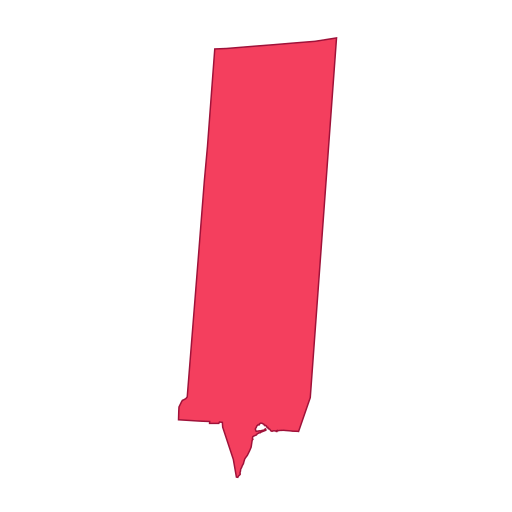 outline of Gagaifomauga II, Gaga'ifomauga, Samoa, rotated 183°
{"feature_id": "51752279B51367049300585", "entity_name": "Gagaifomauga II", "entity_type": "district", "adm_level": 2, "iso_a3": "WSM", "parent_name": "Samoa", "parent_adm1": "Gaga'ifomauga", "projection": "robinson", "projection_center": [-172.418, -13.533], "detail": "fine", "context": "isolated", "style": "filled", "palette": "rose", "viewbox_px": 512, "rotation_deg": 183, "n_neighbors": 0, "source": "geoboundaries", "source_scale": "gbopen_adm2", "svg_char_len": 1432}
<svg xmlns="http://www.w3.org/2000/svg" viewBox="0 0 512 512"><g transform="rotate(183 256 256)"><path d="M310.2,362.6L311.5,328.7L313.6,247.9L317.3,111.7L318.6,109.9L321.2,108.3L321.9,108.1L322.7,106.6L325.0,101.2L325.0,96.5L324.8,88.4L305.2,88.2L301.5,88.2L293.6,88.3L293.6,86.4L284.4,86.9L283.8,88.3L280.9,88.1L280.3,83.3L268.0,51.7L264.0,34.2L262.6,34.0L262.0,35.3L260.5,36.9L260.3,37.5L260.7,38.5L260.3,40.0L260.1,42.5L259.3,44.0L259.0,45.1L258.3,46.8L257.7,47.9L257.4,49.6L256.6,52.8L255.8,54.1L254.2,56.5L253.0,59.3L252.3,60.9L250.9,64.7L250.7,66.4L250.2,71.7L249.5,72.9L250.0,73.4L249.9,74.7L249.8,75.3L249.1,75.9L246.8,77.1L246.2,77.3L245.6,78.3L243.6,79.6L242.7,79.6L241.9,80.3L237.5,82.3L237.0,82.6L237.2,83.5L237.7,83.9L238.6,82.7L241.2,82.0L242.2,81.6L243.4,81.6L246.6,80.9L246.9,81.4L247.6,83.1L247.5,83.7L246.9,84.6L246.2,86.5L245.9,86.7L245.1,87.6L244.2,87.4L243.7,87.9L243.8,88.6L242.7,89.3L241.2,89.3L240.2,88.7L239.4,88.5L239.1,87.8L238.6,87.7L238.1,87.0L237.5,87.3L236.5,86.6L236.2,85.7L235.8,85.2L235.1,85.4L234.6,84.1L233.4,83.9L232.8,83.2L231.9,82.1L230.8,81.8L229.7,82.3L228.3,82.4L227.1,82.3L226.6,81.8L225.9,81.9L226.1,82.7L225.4,83.0L224.5,82.7L224.0,82.9L222.6,83.1L219.1,83.4L217.6,83.3L213.0,83.2L210.3,83.0L205.0,83.1L204.3,83.0L194.4,117.4L187.0,478.0L208.2,473.5L229.2,470.7L250.4,467.8L267.3,465.6L296.2,461.7L308.0,460.6L310.2,362.6Z" fill="#f43f5e" stroke="#9f1239" stroke-width="1.5"/></g></svg>